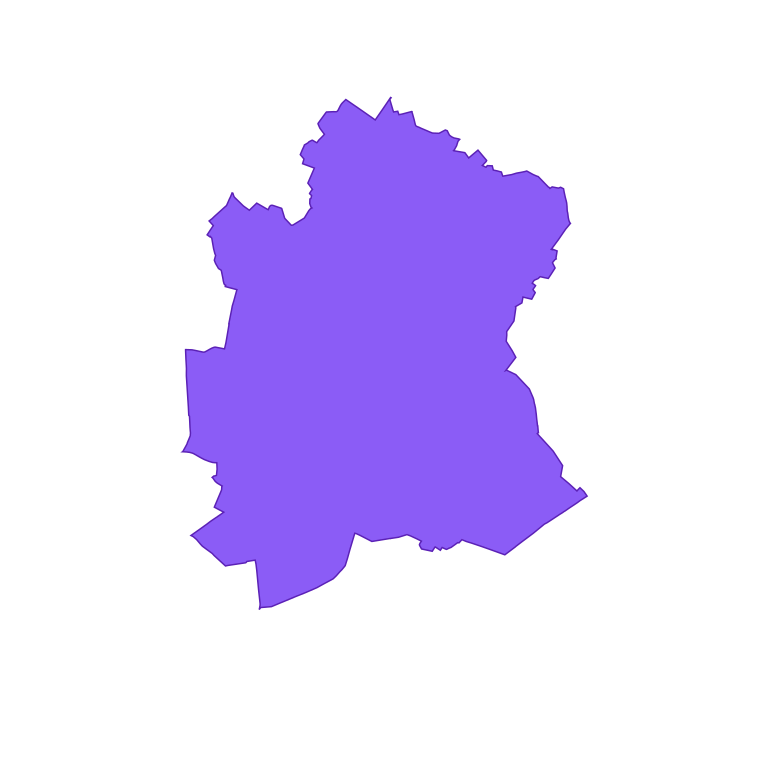 Degoles pag., Tukums, Latvia, rotated 209°
{"feature_id": "27541924B73428476484731", "entity_name": "Degoles pag.", "entity_type": "district", "adm_level": 2, "iso_a3": "LVA", "parent_name": "Latvia", "parent_adm1": "Tukums", "projection": "orthographic", "projection_center": [23.152, 56.88], "detail": "fine", "context": "isolated", "style": "filled", "palette": "violet", "viewbox_px": 768, "rotation_deg": 209, "n_neighbors": 0, "source": "geoboundaries", "source_scale": "gbopen_adm2", "svg_char_len": 6063}
<svg xmlns="http://www.w3.org/2000/svg" viewBox="0 0 768 768"><g transform="rotate(209 384 384)"><path d="M516.6,637.8L517.1,637.8L518.3,624.6L519.7,610.7L534.9,612.3L555.3,614.3L556.5,610.3L556.8,609.2L557.0,608.0L557.1,606.4L556.9,601.2L557.0,600.2L557.3,599.5L557.9,598.9L560.5,597.5L566.2,594.0L566.4,593.1L567.6,583.5L568.0,580.1L568.0,579.8L567.8,579.5L565.9,578.0L564.2,576.7L562.8,576.0L557.2,573.5L557.5,572.0L558.8,567.4L559.3,565.7L559.6,562.8L559.7,562.5L560.1,562.4L564.7,562.5L565.0,562.4L565.3,562.1L566.3,560.6L567.0,559.6L567.4,558.2L567.6,557.7L569.5,554.5L569.5,554.2L569.3,553.5L569.0,549.4L568.4,544.0L568.1,543.9L563.1,542.0L562.0,537.2L549.6,539.1L548.0,522.8L543.0,520.5L540.9,519.5L541.2,518.8L541.1,518.7L541.3,517.7L541.5,514.8L541.4,514.4L538.7,513.7L538.1,511.8L537.9,510.7L538.5,509.9L536.4,505.8L533.5,503.2L532.4,503.0L533.3,501.7L533.8,499.2L534.1,491.5L534.2,490.4L540.7,478.9L541.5,478.2L541.9,478.0L542.4,478.0L550.9,480.7L551.3,480.9L558.5,487.9L558.8,488.0L567.4,486.4L568.5,486.1L569.4,485.5L569.8,484.8L570.0,484.2L570.1,483.6L569.8,480.3L572.5,480.3L583.0,480.5L585.9,471.1L586.0,470.7L592.2,471.4L593.5,471.6L604.8,474.7L605.6,475.0L606.0,475.2L606.4,475.5L608.3,477.2L608.6,477.6L609.5,477.5L609.0,473.1L608.9,470.8L608.6,467.8L608.3,464.5L608.3,463.6L609.1,461.4L610.7,456.7L613.6,448.3L614.5,445.3L615.0,444.2L616.0,441.8L610.1,439.8L610.6,434.0L610.8,431.1L611.0,428.7L607.5,428.3L607.4,428.8L605.4,428.1L604.9,427.5L598.7,419.8L595.3,416.2L593.6,414.8L592.5,410.3L592.4,410.0L591.0,408.8L589.9,407.9L589.0,407.3L586.1,405.6L584.8,404.8L584.5,404.8L584.2,404.7L583.7,404.7L582.0,404.6L581.5,404.5L581.0,404.0L577.4,399.8L575.9,398.0L574.5,396.2L572.6,394.2L572.2,393.9L570.7,393.4L570.3,393.5L570.2,392.8L570.1,392.3L566.7,393.1L558.4,395.2L555.7,384.1L554.5,378.6L553.3,375.1L548.9,361.4L548.6,361.5L542.3,343.6L540.5,337.4L546.3,335.5L549.1,334.6L550.3,333.9L551.2,332.8L551.9,332.0L552.7,330.8L553.6,329.4L554.8,327.4L555.5,326.3L556.3,325.1L556.7,324.8L557.0,324.5L558.0,324.1L565.5,321.8L568.5,320.8L574.2,317.9L573.9,317.3L569.2,309.6L565.8,304.2L564.2,301.6L562.5,298.4L560.8,295.3L544.0,269.1L539.6,262.0L538.5,261.5L534.9,255.7L532.7,252.1L531.2,249.8L529.5,247.3L528.9,245.9L528.5,245.2L528.3,244.4L528.0,241.9L527.5,237.2L527.3,236.6L527.2,235.4L527.2,227.3L527.3,227.1L526.3,227.6L523.8,228.8L522.3,229.4L520.8,230.0L519.1,230.4L517.9,230.7L516.4,230.8L509.3,230.7L507.7,230.7L504.5,230.8L499.4,231.5L495.8,232.3L493.5,233.3L492.1,234.1L491.5,233.2L488.7,228.6L486.2,222.8L488.2,220.9L488.3,220.9L489.0,219.0L488.3,218.9L484.4,217.0L482.0,216.5L480.2,216.4L476.2,216.3L476.3,216.0L474.8,212.9L474.6,211.6L472.7,194.0L466.9,194.1L462.0,194.2L464.1,189.8L469.1,179.9L471.2,175.1L479.4,157.9L476.8,158.0L472.5,157.1L467.0,155.0L464.3,154.1L459.9,153.5L452.0,152.5L449.4,151.6L434.4,148.0L432.5,149.7L418.4,160.5L418.1,161.0L417.9,162.3L411.3,167.5L408.7,164.5L405.0,159.4L394.4,143.9L385.8,131.7L385.4,130.9L385.1,130.3L384.3,128.0L383.8,126.2L383.5,128.7L374.5,134.7L367.8,143.2L367.3,143.8L358.2,155.3L351.5,163.5L343.9,173.4L341.6,177.1L339.6,180.3L334.0,189.0L332.7,193.3L331.6,198.4L330.8,201.2L329.9,206.1L329.9,206.4L331.4,213.7L333.6,222.9L337.2,239.3L335.6,239.7L331.7,240.0L318.3,240.4L303.6,252.0L303.3,252.0L303.0,252.4L297.0,257.0L290.9,263.4L287.2,264.0L280.1,264.5L275.1,264.7L275.3,262.2L275.2,260.8L274.9,260.4L274.5,260.0L271.2,257.9L265.3,259.7L260.7,261.1L260.4,266.0L260.2,266.3L259.7,266.3L254.1,265.9L253.9,269.2L250.0,269.5L249.3,269.6L249.0,269.8L247.7,271.7L246.1,273.6L242.6,281.0L241.4,281.4L240.4,285.6L236.1,286.1L235.9,286.1L230.3,287.3L219.9,289.2L212.2,290.5L195.5,293.2L190.2,305.1L190.0,305.8L186.5,313.8L186.4,314.0L181.1,325.8L175.8,339.2L174.1,341.8L171.2,347.3L167.2,355.0L165.4,358.2L164.9,359.4L164.2,360.5L161.7,365.6L157.3,374.1L156.1,376.8L152.0,384.4L157.0,386.9L162.3,388.3L162.9,386.3L163.4,384.0L174.3,386.6L184.6,388.6L188.2,399.2L203.5,407.3L213.5,410.7L220.3,413.0L221.6,413.4L225.9,414.9L225.8,415.2L225.6,416.3L225.4,416.4L225.8,416.9L226.4,417.7L228.4,420.7L229.2,421.9L229.4,421.8L232.8,426.5L233.1,426.9L236.4,431.7L236.8,432.2L240.0,436.6L242.3,439.2L242.9,439.7L245.6,443.0L247.0,444.3L254.5,450.1L273.2,456.1L283.6,455.5L284.0,455.0L281.6,471.2L288.1,475.3L297.8,480.6L300.3,486.3L302.1,489.3L300.9,502.1L305.6,514.5L306.5,515.4L306.2,515.9L302.7,521.8L304.6,527.4L295.9,529.8L296.0,537.1L296.1,537.3L298.6,538.4L299.5,538.9L299.5,539.5L299.2,542.1L299.1,543.5L300.6,543.8L303.2,544.0L303.2,544.7L303.0,547.0L302.8,547.7L301.7,549.2L300.4,550.8L299.4,553.6L295.2,554.8L291.5,556.0L291.1,560.7L290.6,568.4L295.4,571.7L295.4,572.4L294.8,575.6L294.0,576.9L294.3,577.1L294.8,577.9L297.1,584.3L301.6,583.7L301.5,583.2L303.0,582.8L301.4,595.0L300.2,607.5L298.8,614.9L299.7,615.2L300.5,615.8L301.7,616.8L303.5,618.9L305.1,621.1L306.2,622.6L307.4,623.9L308.3,625.2L310.0,628.0L311.1,629.6L312.0,630.9L313.3,632.4L315.8,635.0L319.4,639.1L321.6,641.8L324.9,641.7L326.4,639.9L332.5,637.9L333.7,635.5L334.9,636.0L335.6,635.9L349.7,640.2L351.1,639.9L353.1,639.7L355.2,639.5L362.4,639.5L363.8,638.1L366.6,635.7L370.4,632.6L373.9,629.0L378.5,625.3L380.8,623.4L381.5,623.9L384.1,626.3L388.2,625.3L392.1,624.1L395.1,627.3L399.5,625.1L399.6,624.7L399.8,623.2L400.0,623.0L403.9,622.8L402.5,628.3L402.6,629.3L415.2,634.1L419.1,623.9L419.5,622.8L425.3,625.5L425.6,625.5L436.2,621.8L436.3,621.8L436.1,622.6L436.0,623.2L436.0,624.3L436.0,625.9L436.0,627.2L436.0,627.7L436.3,628.9L436.5,630.0L436.8,631.3L436.9,631.9L436.9,632.3L436.8,632.8L436.7,633.3L436.6,633.8L436.4,634.7L437.4,634.6L440.6,633.6L441.8,633.2L444.0,633.0L445.7,633.1L447.4,633.4L448.2,633.9L451.5,636.2L452.7,636.0L453.5,635.9L457.3,630.1L457.5,629.9L463.2,627.0L466.2,626.6L468.5,626.4L475.1,625.7L478.0,625.5L479.9,625.2L480.7,625.2L481.4,625.3L482.2,625.9L483.9,627.7L485.6,629.6L490.3,634.4L491.3,635.3L491.5,635.8L491.8,635.8L498.9,629.0L501.5,626.8L504.2,629.2L507.5,626.6L509.0,627.9L510.1,629.0L516.7,635.5L516.8,636.1L516.6,637.8Z" fill="#8b5cf6" stroke="#5b21b6" stroke-width="1.5"/></g></svg>